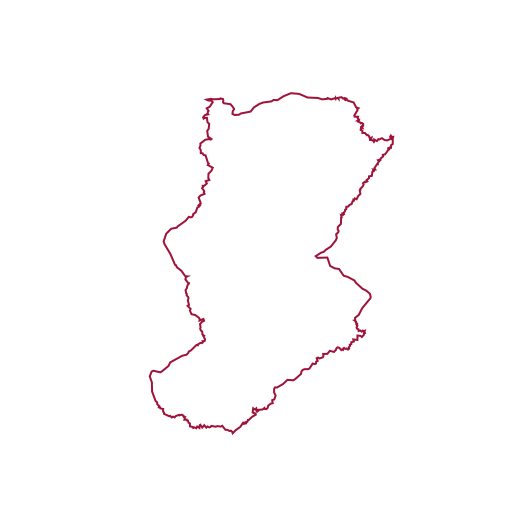 the district of Mafinga, Muchinga, Zambia, rotated 217°
{"feature_id": "96606910B74743827741249", "entity_name": "Mafinga", "entity_type": "district", "adm_level": 2, "iso_a3": "ZMB", "parent_name": "Zambia", "parent_adm1": "Muchinga", "projection": "orthographic", "projection_center": [33.262, -10.323], "detail": "fine", "context": "isolated", "style": "outline", "palette": "rose", "viewbox_px": 512, "rotation_deg": 217, "n_neighbors": 0, "source": "geoboundaries", "source_scale": "gbopen_adm2", "svg_char_len": 6112}
<svg xmlns="http://www.w3.org/2000/svg" viewBox="0 0 512 512"><g transform="rotate(217 256 256)"><path d="M389.6,351.1L387.9,351.4L385.2,353.2L383.1,352.8L382.8,347.3L384.2,344.3L381.2,343.3L381.2,342.0L380.2,340.8L380.6,339.8L379.8,339.9L381.5,337.9L381.7,334.9L380.5,334.2L380.1,335.3L378.3,336.8L375.2,333.6L372.9,333.4L370.3,329.0L370.3,326.6L366.1,322.4L362.0,322.6L362.2,321.7L364.0,321.0L366.5,318.3L368.1,312.3L366.7,310.6L366.3,308.4L363.8,307.3L362.0,304.9L360.4,305.9L358.7,305.2L356.8,306.0L350.2,301.3L349.4,301.4L349.2,299.6L343.7,300.5L342.9,297.3L343.5,293.2L341.1,289.6L339.0,288.6L341.2,285.5L338.9,284.3L339.6,280.9L340.8,280.0L339.8,279.0L339.9,277.7L336.4,276.7L336.0,275.4L334.5,274.7L336.8,270.8L337.0,268.2L331.9,264.9L332.3,262.2L331.2,262.7L331.2,261.0L332.0,259.3L330.4,254.6L331.4,251.8L330.6,250.5L330.6,248.7L331.5,247.5L333.2,246.9L333.4,241.9L336.4,232.3L336.3,231.0L340.1,226.8L341.1,219.8L338.6,212.2L336.2,210.4L325.6,206.1L315.3,200.2L314.3,200.5L312.5,199.4L306.9,199.3L300.3,197.3L298.6,198.4L299.2,197.2L298.4,194.9L294.0,193.6L292.4,194.3L293.2,193.6L293.0,191.3L291.8,188.4L291.7,186.3L289.3,184.2L288.3,184.0L287.7,182.8L285.4,182.4L284.4,181.5L283.7,179.5L280.1,176.6L280.6,175.0L276.4,174.4L275.9,172.6L272.5,170.7L269.0,172.3L264.3,172.3L263.1,171.8L262.3,170.4L260.1,174.1L258.5,173.0L259.6,170.6L259.7,167.9L257.3,165.6L256.9,164.4L255.2,163.3L253.5,163.3L251.7,161.2L249.7,161.1L250.1,160.5L246.5,158.8L245.9,157.2L247.2,156.0L246.6,155.8L246.5,154.2L246.0,153.9L247.1,154.0L248.1,153.2L249.1,150.6L248.7,149.7L250.0,149.1L251.1,141.6L252.2,139.1L251.7,137.7L252.1,135.3L254.9,131.9L260.5,119.4L259.7,115.5L261.9,106.5L262.5,105.5L268.9,102.6L269.8,100.9L268.4,95.9L263.1,92.4L257.4,85.2L248.8,79.7L247.0,79.7L245.7,78.2L243.0,77.9L242.6,76.7L241.6,77.4L240.7,76.7L238.1,78.0L236.6,75.9L235.2,75.6L234.5,74.6L228.9,75.8L228.3,76.7L226.2,76.3L225.6,77.8L223.9,78.1L223.7,80.0L221.9,82.8L221.3,82.6L219.7,84.7L217.8,84.8L217.4,84.2L215.9,84.7L216.0,83.7L214.9,83.3L214.6,82.2L213.0,83.6L212.4,83.1L211.4,83.6L209.7,82.3L208.0,82.5L206.2,80.2L203.5,81.5L202.6,80.9L201.8,82.2L200.1,82.5L200.3,84.4L197.7,84.6L199.1,86.8L198.9,87.7L195.7,86.6L195.5,89.7L192.4,89.0L192.2,90.6L190.2,91.0L189.4,92.1L189.4,93.5L185.4,95.4L184.4,97.0L181.5,98.5L180.8,100.1L175.9,98.8L174.1,100.0L171.8,100.3L170.9,101.4L169.3,101.3L167.9,100.4L167.4,104.7L165.7,110.1L166.0,115.2L165.6,115.5L165.5,114.6L164.8,114.5L163.2,116.4L164.0,117.5L163.1,118.4L163.8,120.2L163.1,120.7L162.4,125.0L160.7,129.2L161.5,129.9L164.5,129.0L166.6,132.7L164.4,132.8L164.1,134.4L161.8,132.2L161.3,132.5L161.1,133.8L162.1,134.1L158.4,137.3L157.8,139.7L157.0,139.1L155.6,139.9L155.3,141.6L156.2,143.9L155.4,146.9L154.1,148.5L156.3,150.6L155.1,152.5L156.3,156.3L159.6,158.1L161.6,160.9L161.8,162.4L160.1,163.6L157.3,170.2L156.4,175.9L151.3,179.3L150.5,181.8L149.1,189.0L150.3,191.3L150.2,192.8L149.3,194.7L146.0,197.2L145.6,198.7L146.0,204.2L144.1,205.0L143.4,206.2L144.4,207.9L143.6,209.3L146.0,210.9L145.3,212.2L143.6,212.4L141.6,215.4L142.0,216.8L143.4,218.2L140.1,220.8L140.0,224.7L136.0,226.3L135.7,229.1L136.3,231.1L135.8,232.2L134.0,232.8L131.3,232.2L131.1,233.0L130.0,233.3L130.7,234.8L130.4,235.6L128.8,235.5L127.9,236.7L126.7,236.4L126.0,237.0L125.9,238.2L127.0,238.9L126.8,240.9L127.7,241.6L126.9,243.1L128.0,244.4L126.4,246.6L128.1,247.9L124.5,250.0L127.1,253.6L124.4,255.1L122.7,255.0L122.4,257.9L123.2,259.1L122.6,260.0L123.7,260.5L124.1,261.7L124.8,260.5L125.8,260.7L126.1,259.2L128.1,259.2L128.9,257.9L130.2,259.1L131.5,258.8L132.6,259.3L132.9,261.1L132.2,261.3L133.5,261.1L133.8,261.9L134.9,262.0L134.7,262.8L136.3,263.1L136.6,263.8L138.4,263.8L138.0,264.2L139.7,266.2L138.5,270.8L139.8,278.3L139.2,291.1L139.8,292.4L142.4,294.4L147.2,294.7L151.3,293.9L160.2,294.8L162.8,295.7L170.2,294.5L174.1,293.0L181.9,295.6L185.8,293.5L190.8,292.7L198.1,297.7L205.8,291.5L208.2,291.8L206.0,297.9L204.5,299.8L203.9,303.2L201.9,308.6L201.7,316.5L202.3,319.0L205.1,321.6L204.6,324.4L205.0,325.6L207.0,326.6L208.1,328.5L207.5,332.7L211.1,337.9L210.8,338.4L212.5,339.7L211.9,339.8L212.6,341.7L211.5,341.6L211.9,342.4L211.3,342.6L212.0,343.2L211.9,345.5L212.7,346.7L212.1,347.7L213.5,349.7L212.1,351.0L212.1,353.1L210.9,354.9L211.8,357.9L211.2,358.6L212.1,359.6L211.4,359.9L211.8,361.4L209.8,361.9L210.5,365.4L210.0,368.4L212.7,370.9L212.4,371.7L213.1,372.3L212.6,375.8L213.1,377.9L214.3,378.5L213.9,380.5L213.2,380.5L212.0,382.6L213.4,383.0L212.6,386.0L213.7,387.6L211.7,389.7L213.7,393.3L213.1,394.4L214.0,394.8L213.9,395.5L212.3,395.7L214.1,395.9L212.8,396.8L214.3,397.5L214.6,402.1L213.9,402.6L214.6,403.5L214.7,405.4L215.4,405.6L214.8,406.5L215.9,406.4L214.7,408.0L215.1,409.1L214.4,412.0L215.6,413.1L214.1,414.8L214.2,420.4L215.3,421.7L214.8,422.4L213.9,422.1L214.2,423.5L213.4,423.8L214.8,425.9L214.2,427.7L216.6,431.0L217.8,431.0L217.3,431.7L218.2,433.8L219.4,432.8L220.8,433.3L220.7,432.0L218.7,431.0L220.8,427.3L223.0,426.0L226.3,425.9L227.8,423.1L228.6,422.9L228.6,420.6L231.5,420.2L230.6,419.3L230.5,418.1L232.2,418.7L234.8,417.3L235.5,418.2L234.3,418.6L235.0,420.1L235.5,419.0L236.3,418.7L238.3,419.9L239.6,419.9L240.0,419.2L243.0,419.8L245.1,418.3L246.6,420.2L248.3,419.7L249.4,421.7L248.3,422.2L249.5,422.6L248.8,423.6L249.5,423.9L249.1,425.0L249.9,426.0L251.5,425.9L252.2,425.0L252.9,425.4L255.3,424.8L255.4,425.9L256.4,425.3L255.9,426.9L257.8,427.3L258.3,428.6L261.1,426.6L262.0,427.3L262.7,433.6L263.6,434.3L263.2,435.7L265.5,435.0L270.4,437.4L275.9,435.4L277.8,435.5L278.5,434.3L279.5,434.5L279.1,435.9L280.5,435.4L281.3,434.1L283.3,434.3L285.0,432.5L285.3,431.7L284.8,431.2L285.9,431.4L286.9,429.8L287.5,430.1L287.2,429.4L287.9,429.6L290.2,426.3L293.8,425.2L293.5,424.6L297.3,421.0L301.8,419.4L310.2,413.6L319.2,411.4L326.1,407.0L330.3,399.9L332.6,393.4L335.8,391.3L336.7,388.8L342.8,382.7L344.9,379.4L347.1,373.3L347.2,368.1L353.9,360.7L354.7,358.5L357.9,355.8L360.3,355.3L361.7,357.7L361.9,360.2L364.6,361.2L367.7,361.9L373.7,358.6L374.8,358.9L375.7,360.6L376.9,361.5L379.3,360.4L379.2,359.7L384.6,355.3L386.7,354.3L389.6,351.1Z" fill="none" stroke="#9f1239" stroke-width="2"/></g></svg>